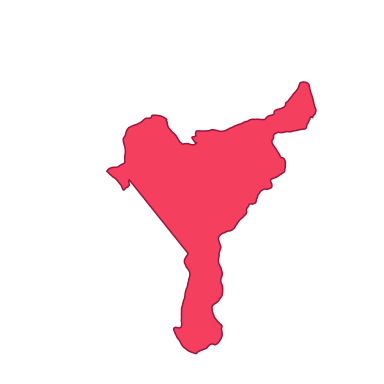 outline of Melgaço, Pará, Brazil, rotated 294°
{"feature_id": "56859067B49216481916383", "entity_name": "Melgaço", "entity_type": "district", "adm_level": 2, "iso_a3": "BRA", "parent_name": "Brazil", "parent_adm1": "Pará", "projection": "natural_earth1", "projection_center": [-51.032, -1.536], "detail": "fine", "context": "isolated", "style": "filled", "palette": "rose", "viewbox_px": 384, "rotation_deg": 294, "n_neighbors": 0, "source": "geoboundaries", "source_scale": "gbopen_adm2", "svg_char_len": 6089}
<svg xmlns="http://www.w3.org/2000/svg" viewBox="0 0 384 384"><g transform="rotate(294 192 192)"><path d="M335.9,246.4L334.5,246.3L332.9,246.6L330.8,246.7L329.3,246.6L327.1,246.2L322.9,244.8L321.7,244.5L320.2,244.3L317.9,243.6L314.1,242.8L311.9,241.5L311.3,241.4L310.3,241.7L309.5,242.2L309.0,242.2L306.8,241.4L305.2,240.1L303.0,237.7L302.3,236.6L301.7,235.9L301.1,235.5L300.6,235.0L299.6,234.5L298.9,234.4L296.9,235.1L296.3,235.1L295.5,234.6L295.1,234.0L294.5,233.4L294.1,232.8L293.2,231.5L292.2,230.7L290.8,229.9L288.3,229.2L287.8,228.9L287.3,228.0L287.1,227.5L286.7,226.8L285.1,222.1L283.8,219.6L283.4,218.3L282.4,216.7L281.2,215.3L279.4,214.1L278.9,213.6L278.3,212.5L277.0,211.2L274.2,209.1L273.8,208.6L273.0,207.5L272.6,207.2L270.2,204.7L268.9,203.6L267.9,202.9L265.5,200.5L263.3,198.9L260.8,196.7L259.5,194.4L258.9,193.0L258.7,192.4L258.2,189.2L257.4,185.6L257.0,184.7L256.6,184.3L255.3,183.1L254.9,182.6L254.0,180.9L252.8,178.7L251.1,174.7L250.4,172.9L249.9,172.2L249.7,171.5L249.3,171.1L247.1,171.3L246.5,171.6L244.9,172.6L244.0,172.2L243.6,171.6L243.1,171.0L242.5,170.0L241.9,169.7L241.1,170.4L240.6,171.1L240.5,171.7L240.1,172.1L239.2,173.4L238.7,174.6L238.6,175.3L238.7,176.1L237.8,175.8L237.1,175.4L235.9,174.5L235.6,174.0L235.2,172.8L234.8,170.8L234.6,168.9L234.3,168.2L233.7,166.8L233.1,165.6L232.7,165.0L232.2,164.6L232.0,164.0L231.9,163.4L232.1,162.7L232.4,162.1L232.7,161.3L232.7,160.4L233.7,159.2L234.6,157.6L236.0,156.0L236.3,155.4L236.6,155.0L237.0,154.4L237.6,153.2L238.0,152.2L238.7,149.5L239.0,148.9L239.7,147.6L240.6,145.6L241.6,144.0L243.1,142.5L243.9,141.9L245.2,141.1L246.3,140.5L246.9,139.4L248.1,139.3L248.4,137.9L248.8,135.0L248.7,132.9L248.2,130.2L247.6,128.2L246.2,125.0L245.9,124.5L245.4,124.3L243.5,124.4L243.0,124.2L242.6,123.7L242.3,123.2L241.6,122.1L241.1,120.7L240.3,119.6L239.8,119.3L238.0,118.4L235.8,117.5L235.3,117.1L234.1,116.4L232.6,115.0L232.1,114.7L231.5,114.2L229.4,111.8L228.1,110.6L225.0,108.0L222.4,107.4L221.1,107.4L219.8,107.4L219.2,107.6L216.4,108.1L215.8,108.0L213.7,107.5L212.1,107.7L209.9,109.0L209.3,109.5L208.1,110.4L205.7,112.5L203.7,113.7L202.3,114.5L200.9,115.0L197.7,116.0L196.6,116.3L194.8,117.2L192.8,118.1L191.8,118.5L190.8,118.4L189.3,117.3L188.6,116.6L187.3,115.5L186.4,115.0L185.1,114.4L184.4,113.7L183.8,112.7L183.0,110.8L182.0,109.2L180.8,107.8L179.7,106.9L178.8,106.3L177.8,106.0L176.2,105.8L176.0,106.8L175.0,109.4L173.6,113.6L173.4,114.4L173.4,115.0L173.0,117.1L172.6,118.0L169.3,124.5L168.1,125.9L166.7,127.3L166.3,127.8L165.9,128.5L166.6,129.3L167.1,129.5L168.7,129.8L169.2,130.1L169.7,130.7L170.5,131.3L172.7,132.0L176.0,129.9L176.9,129.7L177.6,129.7L134.2,213.6L133.5,213.4L132.8,213.4L129.6,212.9L127.5,212.7L126.2,213.0L124.9,213.5L124.1,214.1L123.1,215.3L121.8,216.7L121.2,217.2L120.7,218.3L120.4,218.8L119.3,220.8L118.6,221.6L118.2,222.1L116.6,223.2L115.4,223.8L113.2,224.3L110.6,224.6L109.6,225.0L108.5,225.2L107.0,225.4L105.3,225.9L102.5,226.3L101.2,226.2L98.9,226.5L96.9,226.9L94.7,227.6L92.0,228.4L89.0,228.5L85.0,229.3L81.4,229.8L73.8,233.1L73.0,233.6L70.2,234.5L68.3,235.8L66.0,236.7L65.1,236.9L64.2,236.9L63.4,236.5L62.7,235.8L62.4,235.2L61.8,232.2L61.2,231.4L60.4,230.9L59.5,231.0L59.0,231.2L58.1,232.0L56.5,233.7L56.0,234.0L54.9,235.5L54.2,236.2L53.6,237.0L52.9,237.7L51.9,239.7L51.0,241.3L50.5,242.0L49.6,243.0L48.1,244.9L46.8,247.5L46.0,251.2L45.6,252.3L45.4,254.5L45.4,256.2L45.7,259.2L45.7,260.6L46.2,261.6L46.7,262.0L47.9,262.2L49.7,263.4L51.4,265.0L52.3,266.0L53.4,267.0L54.3,268.1L55.2,268.9L56.2,269.2L56.8,269.2L59.8,270.4L60.3,270.8L61.3,272.0L61.7,273.0L61.6,274.4L62.0,275.5L62.8,276.2L64.8,277.2L67.0,277.8L68.1,277.9L70.2,278.2L72.7,278.0L75.1,277.1L79.2,274.4L79.9,274.3L80.7,274.3L81.5,274.1L82.1,273.6L82.4,273.1L83.7,269.2L84.3,267.8L86.5,263.7L89.7,260.5L91.5,259.0L93.3,257.9L95.2,257.0L96.2,256.9L96.8,257.0L98.3,257.6L99.3,258.5L102.2,260.1L103.9,260.6L104.4,260.6L108.1,261.4L108.9,261.5L109.6,261.5L111.1,261.2L113.1,260.7L116.9,259.0L117.9,258.5L118.8,257.8L119.9,256.6L121.0,255.5L123.0,254.1L124.2,253.8L128.4,253.4L130.4,252.5L134.7,249.1L136.3,246.8L137.0,246.2L138.5,244.8L139.7,244.1L142.4,243.2L144.9,242.7L147.2,241.6L148.3,241.4L151.7,241.1L152.9,240.9L153.8,240.6L157.8,236.8L159.4,235.5L160.9,234.8L161.5,234.7L162.4,234.8L164.1,235.2L166.6,236.6L167.3,237.1L168.2,238.5L169.9,239.6L171.3,241.3L172.0,242.7L173.7,244.1L175.9,245.2L177.8,245.5L179.2,245.5L180.5,246.0L183.7,246.4L186.4,247.2L189.0,248.4L190.0,248.9L194.2,250.3L194.7,250.4L195.6,250.2L196.2,250.0L197.7,249.1L198.4,248.8L199.1,248.7L201.4,249.3L203.3,249.3L203.8,249.4L204.3,249.6L204.8,250.0L205.1,250.5L205.5,252.1L206.1,252.8L207.3,253.9L207.8,254.3L208.7,254.5L209.6,254.4L211.4,253.9L213.9,253.9L215.2,253.5L216.3,253.5L217.0,253.6L218.6,254.2L219.9,254.2L220.5,254.3L222.9,255.8L223.9,256.7L224.3,257.2L224.9,259.1L225.2,259.7L227.1,261.9L228.1,262.6L228.8,262.8L229.4,262.8L230.9,262.2L231.9,261.5L232.4,260.8L234.0,259.3L234.6,259.0L235.2,258.9L235.7,259.1L237.2,260.3L238.9,262.2L241.1,264.0L242.9,264.9L244.8,266.3L245.3,266.5L246.3,267.3L248.0,268.1L249.2,268.1L251.0,267.4L252.4,267.1L254.4,266.4L257.2,265.2L259.4,263.3L259.7,262.8L260.1,261.6L260.1,261.0L259.8,259.4L260.1,258.6L262.2,256.1L264.4,252.7L265.7,250.9L267.1,248.5L268.4,246.3L270.0,244.8L270.7,244.4L271.7,244.1L273.5,244.5L274.7,244.5L275.2,244.3L276.4,243.6L276.8,243.5L277.7,243.6L278.2,243.8L279.4,244.4L279.9,244.8L281.4,246.3L281.8,246.8L282.1,248.2L282.6,249.5L283.3,250.9L285.0,252.9L286.0,254.6L286.4,256.0L287.1,257.6L288.5,259.1L289.4,260.3L290.5,262.2L292.3,264.4L292.7,265.0L294.2,267.2L295.2,269.1L296.0,269.9L296.5,270.2L297.2,270.2L300.6,269.6L302.3,269.9L305.2,269.9L306.4,270.0L307.9,269.8L308.8,269.9L309.1,270.4L309.0,271.2L309.1,271.9L309.8,271.7L310.5,271.8L311.0,271.8L311.7,271.9L313.1,272.6L314.2,272.6L316.9,272.1L317.7,271.6L320.2,269.1L323.8,266.3L324.9,265.6L326.3,264.5L329.0,262.2L330.7,260.4L331.3,260.1L334.6,257.3L335.5,256.8L337.5,255.3L338.0,254.8L338.5,253.0L338.6,252.1L338.5,251.0L337.7,248.8L336.9,247.6L335.9,246.4Z" fill="#f43f5e" stroke="#9f1239" stroke-width="1.5"/></g></svg>